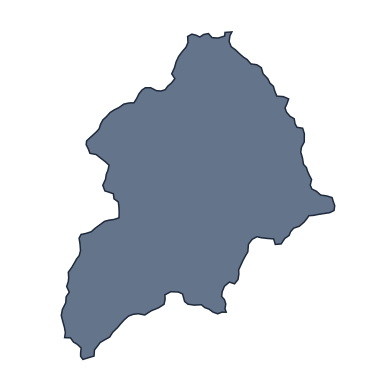 the district of Piracema, Minas Gerais, Brazil, rotated 85°
{"feature_id": "56859067B5675405143241", "entity_name": "Piracema", "entity_type": "district", "adm_level": 2, "iso_a3": "BRA", "parent_name": "Brazil", "parent_adm1": "Minas Gerais", "projection": "robinson", "projection_center": [-44.418, -20.52], "detail": "fine", "context": "isolated", "style": "filled", "palette": "slate", "viewbox_px": 384, "rotation_deg": 85, "n_neighbors": 0, "source": "geoboundaries", "source_scale": "gbopen_adm2", "svg_char_len": 2625}
<svg xmlns="http://www.w3.org/2000/svg" viewBox="0 0 384 384"><g transform="rotate(85 192 192)"><path d="M36.7,182.8L42.8,183.0L47.3,185.4L51.3,189.5L55.8,193.5L61.0,196.5L66.6,198.6L72.5,201.9L77.6,199.2L81.6,202.9L84.3,206.8L87.8,209.8L88.7,214.1L87.9,218.7L84.5,224.1L84.1,229.4L86.1,233.0L89.6,236.3L94.1,239.0L98.1,242.1L97.8,246.9L98.5,252.3L101.6,257.6L103.4,262.3L105.7,266.7L109.6,270.8L112.3,274.4L116.7,277.3L120.8,278.9L123.5,281.7L126.1,285.0L129.0,288.9L132.0,292.6L135.7,293.3L140.2,291.5L144.6,290.3L146.3,284.2L151.0,279.3L154.4,275.6L158.1,272.3L162.9,273.8L167.0,275.9L171.7,277.0L177.5,280.3L183.3,278.7L185.1,274.4L186.9,270.5L192.0,270.3L195.4,266.3L199.7,266.1L205.6,266.3L211.4,267.0L212.6,272.4L212.8,277.1L213.6,281.7L216.9,287.1L219.7,291.7L222.8,295.9L224.0,301.1L224.6,306.2L228.1,308.5L234.0,308.1L240.7,308.2L245.6,309.9L248.5,312.7L252.2,315.2L256.6,318.3L261.1,322.2L266.4,322.3L270.3,323.0L275.2,325.1L281.1,323.0L285.4,326.5L291.3,327.4L297.8,331.4L303.6,333.0L309.1,332.1L315.6,330.9L321.0,330.4L326.0,331.6L326.7,325.8L331.1,323.2L333.8,319.5L337.8,316.0L342.0,316.9L345.9,317.3L349.3,315.3L348.2,310.2L346.9,303.9L340.8,302.9L337.4,299.7L333.9,296.6L331.9,292.4L329.3,286.6L324.9,283.3L320.6,278.0L317.0,274.5L313.5,270.7L310.1,266.1L308.7,261.2L308.6,256.1L310.4,249.8L306.8,243.0L304.4,235.3L301.4,229.6L296.4,228.1L292.1,228.0L289.5,221.8L290.4,214.5L292.7,210.3L296.5,209.6L300.4,208.9L303.4,205.9L304.9,199.6L305.1,192.5L308.3,189.3L310.1,185.4L313.5,181.5L315.6,177.0L314.3,172.7L314.7,168.4L311.1,169.3L306.5,168.1L302.0,169.1L298.6,171.6L293.9,170.6L288.7,167.9L285.0,162.6L287.2,157.6L283.2,153.8L278.0,152.5L273.7,152.3L269.9,150.2L264.5,147.1L260.8,144.7L256.5,141.6L248.9,140.3L244.4,136.2L242.2,131.2L243.6,127.0L244.8,121.2L245.9,114.7L251.5,113.6L251.5,107.7L246.4,103.7L243.8,99.1L240.1,97.2L236.9,93.9L235.5,88.1L231.7,82.9L228.8,80.1L225.8,77.6L225.9,73.1L225.4,68.5L225.0,63.1L224.6,56.6L222.8,52.1L218.1,51.0L213.9,52.1L209.8,52.9L207.7,58.0L206.2,64.1L202.1,68.0L199.5,72.3L195.5,73.6L190.0,71.8L185.7,73.6L181.7,75.0L177.6,75.9L174.2,78.5L167.5,79.0L161.7,80.2L156.8,79.0L151.9,75.8L143.8,75.0L138.1,76.2L136.7,81.8L133.0,83.4L127.9,83.8L125.1,87.8L120.7,90.9L116.4,92.0L112.7,89.9L107.7,87.6L104.9,92.8L103.9,99.1L98.5,100.8L93.8,101.7L90.3,104.9L85.8,106.6L80.4,110.9L74.2,112.1L70.9,116.3L69.5,122.2L64.9,125.5L62.4,128.7L59.1,132.0L54.3,136.2L50.7,140.3L45.4,141.9L39.6,140.6L36.0,138.3L35.9,145.2L39.5,145.9L40.9,152.5L40.0,158.6L35.6,161.8L36.1,166.7L38.3,170.7L36.1,174.4L34.7,178.4L36.7,182.8Z" fill="#64748b" stroke="#1e293b" stroke-width="1.5"/></g></svg>